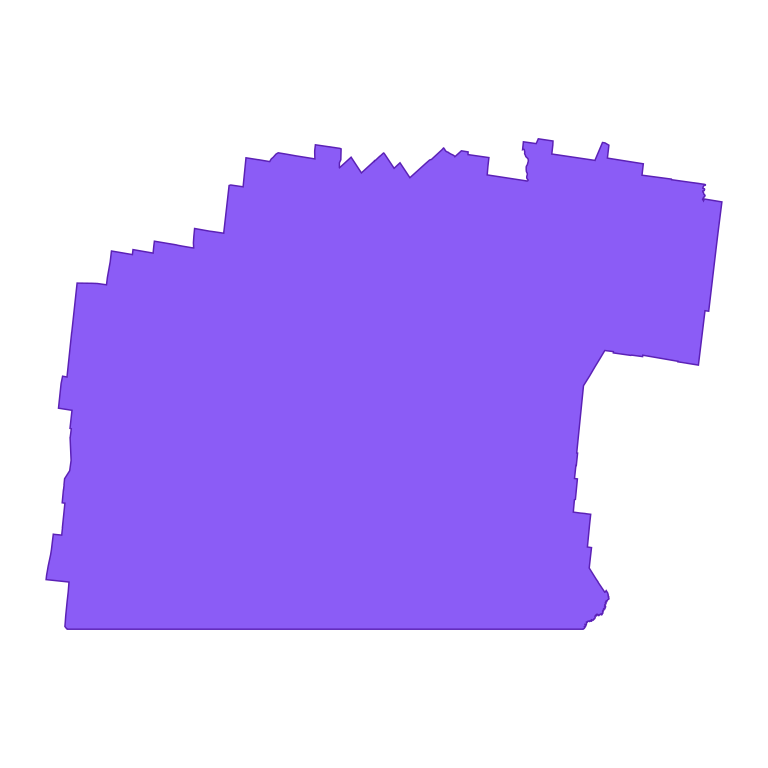 Balonne, Queensland, Australia
{"feature_id": "25037944B99375808826492", "entity_name": "Balonne", "entity_type": "district", "adm_level": 2, "iso_a3": "AUS", "parent_name": "Australia", "parent_adm1": "Queensland", "projection": "equal_earth", "projection_center": [148.683, -28.285], "detail": "fine", "context": "isolated", "style": "filled", "palette": "violet", "viewbox_px": 768, "rotation_deg": 0, "n_neighbors": 0, "source": "geoboundaries", "source_scale": "gbopen_adm2", "svg_char_len": 5667}
<svg xmlns="http://www.w3.org/2000/svg" viewBox="0 0 768 768"><path d="M67.3,629.2L583.1,629.2L583.3,628.8L583.8,628.7L584.1,628.3L584.4,628.2L584.6,627.7L585.0,627.3L585.0,627.1L584.5,626.7L584.9,626.4L585.1,626.4L585.3,626.6L585.5,626.5L585.4,626.0L585.8,625.6L585.9,625.4L585.7,625.1L585.4,625.1L585.2,624.9L585.1,624.6L585.9,624.8L586.3,624.7L586.4,624.0L586.5,623.8L586.4,623.7L586.5,622.6L586.5,622.1L587.0,622.2L587.3,622.2L587.6,621.5L587.8,621.4L588.2,621.1L588.5,621.2L589.0,621.1L589.3,621.2L589.4,621.5L589.7,621.5L590.0,621.2L590.1,620.7L590.3,620.6L590.6,620.7L590.7,621.0L591.0,621.2L591.5,621.2L591.5,620.9L591.3,620.7L591.4,620.4L591.4,619.9L591.5,619.8L591.6,619.7L592.0,619.8L592.6,620.2L592.8,620.2L593.1,620.2L593.4,619.8L593.8,619.5L593.8,619.4L593.8,619.1L594.1,619.1L594.4,618.9L594.6,618.7L594.9,618.3L595.2,617.3L595.1,617.0L595.0,616.6L595.0,616.2L595.2,615.9L595.6,615.7L595.9,615.8L596.2,615.7L596.4,615.9L596.6,615.8L596.7,615.5L596.9,615.3L596.9,615.2L596.5,615.2L596.2,615.3L595.9,615.1L596.2,614.7L596.7,614.3L597.0,614.3L597.1,614.5L597.3,614.9L597.5,615.0L597.8,615.0L598.0,614.6L598.3,614.8L598.4,615.2L598.8,615.6L599.0,615.5L599.0,615.2L599.1,614.9L599.3,614.8L599.7,614.7L600.0,614.4L601.0,613.9L601.5,614.2L601.5,614.4L601.5,614.6L601.5,614.8L601.9,614.7L602.2,614.2L602.3,613.7L602.7,613.3L602.6,613.2L602.4,613.1L602.7,612.7L603.1,611.9L602.8,611.7L602.7,611.6L602.6,611.1L602.7,610.9L603.1,610.7L603.1,610.4L603.5,610.2L603.8,610.0L604.0,609.9L604.1,609.6L603.8,609.3L604.0,609.2L603.8,608.9L603.7,608.7L603.9,608.5L604.7,608.8L604.9,608.8L605.0,608.6L605.0,608.3L605.0,608.2L604.8,608.1L604.7,608.0L605.1,607.6L605.0,607.2L605.4,607.2L605.5,607.1L605.4,606.8L605.6,606.5L605.5,606.1L605.4,605.9L604.9,606.1L604.7,606.0L605.0,605.5L604.9,605.2L604.8,604.7L605.0,604.3L605.6,604.1L605.8,604.0L605.9,603.8L606.0,603.7L605.9,603.4L606.0,602.8L605.8,602.6L605.4,602.5L605.4,602.4L605.7,602.1L605.9,602.1L606.0,602.1L606.1,601.9L606.0,601.4L606.1,601.2L606.3,600.8L606.5,600.9L606.7,601.3L606.8,601.4L607.2,600.6L608.0,599.4L608.5,599.3L608.7,599.2L608.9,598.9L608.9,598.0L608.4,597.2L608.5,597.0L608.6,596.9L608.7,596.6L608.2,596.1L608.1,595.8L608.3,595.2L607.7,593.0L606.2,590.6L605.0,592.4L605.1,592.7L598.1,582.3L598.1,582.0L595.8,578.6L589.2,568.0L591.5,547.6L587.4,547.0L589.6,524.3L590.7,514.3L586.6,513.8L585.0,513.5L580.6,513.1L573.3,512.1L574.4,499.8L575.4,499.4L577.4,478.9L574.5,478.5L575.9,465.4L576.3,465.5L577.6,453.1L576.7,453.0L583.5,385.7L589.7,375.8L594.9,366.9L599.6,359.2L604.8,350.5L613.4,351.6L613.3,352.9L630.9,355.4L631.5,355.1L642.6,356.6L642.8,355.2L678.0,361.3L677.9,361.8L698.4,365.1L705.0,310.7L708.7,311.2L712.5,279.1L712.5,278.9L716.1,248.4L718.0,232.7L721.9,201.9L704.3,199.0L703.5,200.8L703.2,200.2L702.6,199.5L702.7,199.3L703.1,198.2L703.4,197.8L704.1,197.1L704.2,196.5L704.3,196.4L704.7,196.4L704.8,196.3L705.0,195.6L704.7,195.4L704.8,195.1L704.7,194.9L704.6,194.7L704.2,194.4L703.8,194.0L703.6,193.1L703.5,192.8L702.9,192.0L702.8,191.7L702.8,191.0L702.9,190.9L703.2,190.9L703.5,191.0L703.9,190.8L704.2,190.5L704.3,190.4L704.6,189.2L704.4,188.8L703.8,188.7L703.5,188.4L702.9,188.3L702.8,187.9L703.2,186.8L703.6,185.9L703.9,185.7L704.1,185.5L704.9,185.4L705.2,185.3L705.4,185.0L705.4,184.8L705.3,184.6L704.7,184.5L704.3,184.3L671.5,179.7L671.4,179.1L642.0,175.2L643.3,163.8L607.4,158.1L608.9,145.2L605.0,142.9L602.5,142.5L595.0,160.2L595.0,160.4L551.8,154.0L552.8,145.2L553.0,141.0L538.3,138.8L536.2,143.6L523.4,141.8L522.6,149.6L523.3,149.2L523.7,149.2L524.1,149.4L524.3,149.7L524.4,150.2L524.4,150.8L524.6,151.1L524.8,152.0L524.6,153.3L524.7,153.9L525.4,155.3L525.7,156.3L526.0,156.8L526.8,157.6L527.3,158.0L527.9,158.6L528.2,159.6L528.3,160.6L528.2,161.7L527.9,162.5L527.5,164.1L527.3,164.7L526.5,166.0L526.2,166.9L526.2,168.6L526.2,169.6L526.4,171.6L527.1,173.1L527.3,173.5L527.3,174.0L527.3,174.6L527.2,175.0L527.1,175.5L526.9,175.8L526.8,176.3L526.7,177.3L526.8,178.0L527.0,178.6L528.0,179.8L528.1,180.3L527.9,180.6L527.5,180.9L527.2,181.0L526.8,181.0L526.4,181.0L526.4,180.9L487.2,174.9L487.9,166.5L488.9,157.6L468.0,154.6L468.1,152.0L468.1,151.9L461.4,150.8L454.9,156.7L454.6,156.2L454.3,155.9L453.8,155.5L452.8,154.9L452.1,154.6L450.8,154.0L449.1,153.0L447.9,152.1L447.4,152.0L446.4,151.6L446.1,151.3L445.2,150.4L444.7,149.3L443.9,148.4L443.8,148.1L443.5,148.0L442.1,149.6L431.5,159.4L429.6,160.0L425.5,163.6L409.9,177.7L400.0,162.8L394.1,168.3L384.8,154.3L383.9,153.1L383.5,153.0L379.7,156.5L379.6,156.4L375.6,160.2L374.7,160.5L374.8,160.8L374.6,161.1L374.5,160.9L361.4,172.9L351.1,157.2L339.5,167.8L339.4,167.7L339.4,162.8L340.8,159.8L341.1,148.9L340.0,148.4L315.4,144.8L314.7,150.8L314.7,153.0L314.9,158.9L295.6,155.8L286.6,154.2L278.2,152.8L276.0,154.1L273.2,157.3L271.3,158.9L270.4,160.4L269.7,161.6L258.5,159.7L258.1,159.7L246.0,157.8L243.1,186.8L230.7,185.0L229.1,185.5L223.7,233.2L212.2,231.5L209.7,231.2L194.6,228.5L193.9,235.8L193.4,242.9L193.7,247.9L192.1,247.8L189.2,247.3L182.7,246.2L177.3,245.2L176.9,245.0L154.4,241.2L153.8,246.1L153.1,253.1L133.0,249.6L132.4,254.6L111.5,251.0L111.4,251.5L110.2,261.9L107.4,277.4L106.5,284.8L97.3,283.5L92.1,283.3L77.1,283.1L71.8,332.1L71.7,332.3L67.0,377.0L62.6,376.2L61.1,383.5L58.5,408.2L72.0,410.3L70.0,428.4L71.3,428.8L70.2,437.4L70.1,437.5L71.1,460.4L69.7,470.7L64.6,478.7L64.0,484.8L64.1,485.0L63.5,490.1L63.4,490.1L62.2,502.8L64.9,503.2L62.4,527.6L62.5,527.7L61.7,535.1L54.6,534.4L53.3,534.2L51.4,549.9L50.6,554.8L48.2,566.0L47.2,571.8L46.6,575.1L46.1,579.6L67.7,581.9L69.0,582.1L68.2,592.0L67.1,601.8L65.7,616.0L65.3,621.6L64.9,626.5L66.5,628.5L67.3,628.9L67.3,629.2Z" fill="#8b5cf6" stroke="#5b21b6" stroke-width="1.5"/></svg>